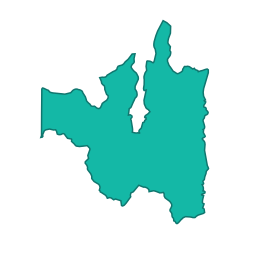 outline of Cundinamarca, rotated 172°
{"feature_id": "COL-1398", "entity_name": "Cundinamarca", "entity_type": "Department", "adm_level": 1, "iso_a3": "COL", "parent_name": "Colombia", "parent_adm1": "", "projection": "orthographic", "projection_center": [-74.139, 4.765], "detail": "fine", "context": "isolated", "style": "filled", "palette": "teal", "viewbox_px": 256, "rotation_deg": 172, "n_neighbors": 0, "source": "natural_earth", "source_scale": "10m", "svg_char_len": 5430}
<svg xmlns="http://www.w3.org/2000/svg" viewBox="0 0 256 256"><g transform="rotate(172 128 128)"><path d="M78.3,229.4L74.8,226.8L71.6,222.9L72.8,215.9L75.3,211.3L76.2,208.9L76.6,207.2L76.5,206.0L74.7,202.6L75.8,199.0L75.1,197.4L75.3,196.2L75.7,195.0L76.3,193.8L77.6,192.4L78.1,192.0L79.3,190.6L79.6,188.4L79.0,186.0L78.8,184.9L78.2,183.5L77.6,182.5L75.4,178.0L73.7,176.6L72.9,175.9L72.4,175.4L71.5,174.9L70.9,174.9L69.9,175.1L67.4,176.1L66.6,176.6L66.0,177.2L65.6,178.6L65.2,179.1L64.7,179.6L64.0,180.6L63.5,181.0L63.0,181.1L62.4,180.8L61.8,180.7L60.8,180.9L59.7,180.6L58.7,180.2L55.6,177.4L54.0,177.9L53.4,176.6L53.0,176.3L50.8,175.1L50.6,174.0L48.3,174.4L46.2,174.6L43.4,175.2L41.4,175.4L40.4,174.4L40.8,171.5L47.6,156.5L48.6,152.9L48.7,149.0L47.4,145.0L48.7,144.6L48.6,144.0L47.4,143.0L48.1,141.8L49.7,139.9L50.0,138.8L49.8,138.1L49.2,137.8L48.5,137.6L48.1,137.1L47.9,136.4L48.0,135.9L48.1,135.5L48.1,135.2L46.7,133.1L46.5,132.1L47.1,130.9L48.2,130.2L49.4,129.9L50.3,129.3L50.7,128.3L51.0,127.3L52.3,125.9L52.7,124.7L52.0,120.1L51.9,118.6L52.2,117.4L52.8,116.5L53.9,116.1L53.5,115.3L53.6,114.6L53.9,113.9L54.0,112.9L52.8,109.6L52.7,109.0L53.3,108.4L55.5,107.5L56.0,106.9L55.7,106.3L54.3,104.1L54.0,103.0L54.0,101.1L55.3,95.2L54.7,79.8L54.1,77.8L54.1,77.7L53.9,76.6L54.3,76.1L54.8,75.8L56.3,74.4L56.6,73.9L57.1,72.1L58.8,68.9L59.6,66.3L60.3,65.7L60.9,65.3L61.3,64.7L60.8,62.6L61.1,62.0L62.5,61.7L62.0,60.2L61.7,58.5L61.9,56.7L62.5,55.3L61.3,54.9L60.6,54.0L60.9,53.0L62.2,52.6L63.8,52.3L64.4,51.7L64.0,51.1L62.5,50.6L64.1,46.5L64.7,44.0L64.2,42.8L63.3,42.4L63.5,41.6L64.1,40.6L64.7,39.4L65.1,38.9L65.2,38.4L64.5,38.0L64.2,37.7L64.0,37.3L63.9,36.9L63.9,33.6L65.4,32.9L70.6,32.0L72.8,31.0L73.9,30.1L74.6,30.0L76.3,30.3L77.7,30.9L79.0,31.3L83.4,32.2L85.8,31.5L86.7,30.8L88.1,29.9L90.9,27.5L92.3,26.6L93.1,26.6L93.7,27.2L94.0,27.8L94.1,28.4L94.3,28.8L94.6,29.1L95.0,29.4L95.4,29.5L95.6,29.7L95.6,30.1L95.5,30.6L95.5,31.6L95.7,32.5L96.4,33.4L96.6,34.2L96.6,35.4L96.5,37.0L97.0,38.5L97.7,39.5L97.9,40.4L97.6,41.6L96.7,42.7L95.5,44.7L95.4,45.9L95.5,46.9L96.8,49.5L100.9,53.5L101.6,55.4L101.6,56.1L101.4,57.8L101.6,58.6L102.1,59.3L103.3,59.2L105.5,59.3L108.5,61.0L110.3,61.9L111.3,62.3L116.0,62.0L115.9,64.0L116.9,65.4L117.9,66.3L119.4,67.1L120.9,67.3L125.3,69.8L131.6,64.1L134.2,63.3L135.0,61.2L134.9,59.5L140.2,54.0L142.3,52.2L143.2,51.8L144.1,51.6L144.5,51.6L145.2,52.2L145.2,57.0L150.2,59.4L152.2,58.9L154.3,61.0L155.8,61.6L157.0,61.6L157.7,61.3L158.3,61.4L158.5,62.4L159.4,64.4L163.4,67.9L164.3,68.5L164.4,69.4L165.1,70.4L164.5,71.6L164.0,72.9L164.0,73.9L164.3,75.3L164.9,76.4L167.4,78.4L169.0,79.7L169.4,80.3L170.9,82.9L170.6,85.4L171.3,87.9L173.6,92.0L173.9,93.1L173.5,94.5L173.8,96.5L175.3,99.2L175.0,100.5L171.3,103.3L171.6,106.4L168.7,112.0L168.7,113.2L170.8,116.2L178.6,116.4L181.4,117.2L182.3,117.8L183.7,120.1L185.1,121.7L185.8,122.7L185.4,124.2L185.5,124.9L189.3,126.2L191.2,129.5L191.6,130.6L192.4,131.3L193.5,131.5L195.2,130.9L196.2,130.9L197.1,131.0L198.0,131.3L198.9,131.9L199.2,134.6L199.9,136.3L202.0,136.4L205.9,137.9L209.9,137.6L211.1,136.9L211.8,136.2L212.1,135.4L213.3,133.5L213.5,132.9L213.6,132.4L213.4,131.9L213.6,131.4L214.2,130.9L215.6,130.8L214.7,132.5L211.4,155.2L208.3,175.9L208.0,178.2L207.6,179.1L206.9,179.5L205.5,178.8L203.0,177.1L201.8,176.5L201.4,176.1L200.8,174.9L199.7,174.0L197.6,173.2L185.8,170.3L179.8,170.9L177.4,172.9L175.8,173.6L174.3,173.8L173.0,173.6L171.9,173.0L170.4,172.5L169.3,171.8L168.5,171.1L168.1,170.5L167.9,169.3L165.9,164.8L165.4,162.1L165.3,160.9L164.9,160.0L163.6,158.2L162.4,156.9L161.4,154.9L160.5,154.5L159.6,154.3L158.3,154.3L157.3,153.5L156.9,152.9L156.2,152.2L155.2,151.6L154.2,151.3L153.0,151.6L152.1,152.5L150.7,154.7L150.1,155.9L148.0,157.1L145.7,158.2L145.0,158.7L144.0,159.9L143.4,160.9L143.2,162.9L144.5,164.2L145.6,169.4L145.4,171.2L145.5,172.1L145.6,173.1L147.1,174.6L147.9,176.2L147.9,177.6L148.1,178.7L149.0,181.8L146.3,181.9L145.2,181.6L143.1,181.6L142.1,182.3L141.3,183.2L134.8,186.0L133.1,186.4L131.0,187.5L130.1,189.4L129.2,190.5L127.5,190.9L126.2,191.0L124.8,191.3L123.2,192.2L121.7,193.8L118.2,196.1L113.6,200.7L110.7,200.5L112.4,195.8L112.6,192.8L113.0,191.9L113.7,191.3L114.6,190.7L115.4,189.9L116.3,188.5L116.4,187.6L115.5,185.6L114.4,183.8L112.1,181.2L110.8,177.4L110.8,175.9L111.1,174.7L115.1,168.4L115.6,165.6L115.2,164.9L114.3,162.5L114.3,160.0L114.6,158.8L115.2,157.8L116.9,156.5L118.1,154.5L119.2,152.9L122.0,148.3L122.6,147.7L124.1,147.0L125.8,140.7L124.0,140.8L122.6,139.7L122.4,139.0L122.5,138.2L122.9,137.7L123.8,137.0L124.1,136.0L123.8,135.1L123.6,127.3L123.7,125.5L124.3,123.2L121.6,122.1L119.9,121.8L119.0,121.9L117.6,121.3L117.2,121.5L117.5,122.0L117.6,122.3L117.6,123.4L117.3,124.0L116.7,124.8L115.5,125.5L114.8,126.2L112.8,130.8L112.6,131.3L111.0,131.7L110.4,133.1L108.7,134.3L108.9,135.1L108.8,135.5L108.8,135.9L108.9,136.0L109.3,135.9L109.7,135.8L109.9,136.1L110.0,136.5L109.5,137.3L109.0,137.9L106.5,139.1L104.0,141.0L105.2,143.2L105.7,143.7L106.2,144.1L106.8,144.6L107.4,145.5L108.5,149.5L108.3,153.3L104.7,163.0L106.7,162.8L107.1,163.5L107.1,165.1L106.0,168.6L105.2,173.6L105.2,175.2L105.0,176.7L104.4,178.1L103.4,180.2L101.5,182.4L101.5,186.5L100.3,190.7L100.0,191.5L99.4,191.7L97.0,191.1L96.0,190.5L94.1,189.1L93.3,189.7L92.8,190.4L89.9,197.9L90.0,200.0L90.0,200.9L90.1,202.4L90.8,204.3L90.9,205.2L90.9,206.4L90.6,208.0L90.1,209.8L87.6,215.4L85.2,219.8L78.3,229.4Z" fill="#14b8a6" stroke="#0f766e" stroke-width="1.5"/></g></svg>